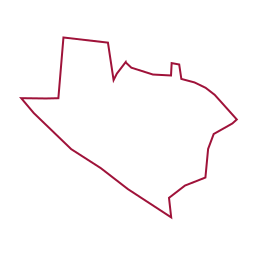 outline of Gangseo-gu, Seoul, South Korea, rotated 183°
{"feature_id": "91817680B75936691302089", "entity_name": "Gangseo-gu", "entity_type": "district", "adm_level": 2, "iso_a3": "KOR", "parent_name": "South Korea", "parent_adm1": "Seoul", "projection": "mercator", "projection_center": [126.819, 37.555], "detail": "fine", "context": "isolated", "style": "outline", "palette": "rose", "viewbox_px": 256, "rotation_deg": 183, "n_neighbors": 0, "source": "geoboundaries", "source_scale": "gbopen_adm2", "svg_char_len": 526}
<svg xmlns="http://www.w3.org/2000/svg" viewBox="0 0 256 256"><g transform="rotate(183 128 128)"><path d="M48.1,82.6L46.9,111.3L42.1,126.5L24.0,138.0L19.8,142.2L43.1,165.6L52.6,172.2L64.0,177.0L77.3,179.8L80.2,194.1L87.8,195.1L87.8,182.7L95.4,182.7L105.9,182.7L127.8,188.4L133.5,193.2L133.7,193.8L142.0,181.7L144.9,175.1L152.5,212.2L197.2,215.0L199.1,154.1L211.5,153.2L236.2,152.2L222.9,138.0L183.6,103.9L153.1,86.5L124.8,66.9L80.2,41.0L83.4,60.4L68.1,73.5L48.1,82.6Z" fill="none" stroke="#9f1239" stroke-width="2"/></g></svg>